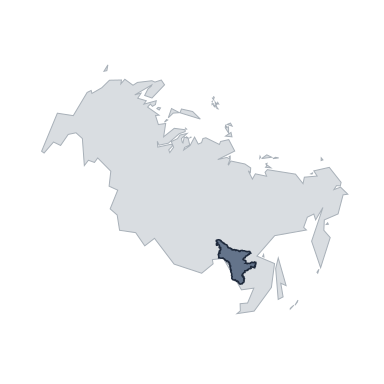 Amur highlighted on a map of Russia, rotated 8°
{"feature_id": "RUS-2609", "entity_name": "Amur", "entity_type": "Region", "adm_level": 1, "iso_a3": "RUS", "parent_name": "Russia", "parent_adm1": "", "projection": "orthographic", "projection_center": [128.173, 52.947], "detail": "fine", "context": "in_parent", "style": "filled", "palette": "slate", "viewbox_px": 384, "rotation_deg": 8, "n_neighbors": 0, "source": "natural_earth", "source_scale": "10m", "svg_char_len": 9430}
<svg xmlns="http://www.w3.org/2000/svg" viewBox="0 0 384 384"><g transform="rotate(8 192 192)"><path d="M270.1,301.3L253.5,306.2L256.4,303.0L255.2,295.9L262.5,294.2L266.6,278.6L254.6,282.0L232.2,253.3L221.6,256.1L222.9,260.2L212.9,271.1L184.3,265.9L161.3,243.1L152.7,251.9L141.9,240.1L125.6,240.0L121.1,225.2L113.3,220.1L118.2,200.5L109.1,197.8L108.7,182.7L93.9,171.4L91.3,176.3L85.0,175.0L81.7,180.8L76.0,154.3L68.9,149.5L61.4,152.2L55.4,164.2L47.9,161.8L40.1,174.0L37.4,172.6L47.7,132.7L63.8,132.9L74.3,108.0L78.0,105.5L79.2,108.3L88.2,101.3L94.7,92.8L106.6,90.9L106.5,94.8L109.8,89.7L118.7,94.5L122.7,91.1L136.8,87.4L140.0,88.3L146.0,85.4L149.9,89.7L139.3,104.5L131.7,103.0L134.1,95.9L136.8,93.1L137.3,91.5L121.8,103.8L127.8,101.2L125.2,106.7L134.0,108.0L132.1,111.7L143.9,106.6L143.6,110.5L140.9,112.7L138.5,110.7L136.2,114.1L148.7,120.5L145.2,121.3L149.3,129.9L156.4,127.8L156.2,141.3L165.6,131.4L176.6,131.3L176.8,133.2L171.3,136.0L161.7,147.0L152.8,150.2L150.6,146.6L151.8,152.3L164.7,147.6L166.5,148.7L163.1,153.5L164.5,156.1L167.6,150.2L164.5,145.0L170.2,141.2L172.3,137.2L179.0,134.7L174.1,140.5L175.4,144.1L176.2,144.7L176.7,138.7L180.8,139.4L183.2,145.8L178.5,148.9L177.9,151.6L183.6,146.3L186.9,137.3L191.5,143.7L194.6,141.8L195.4,137.5L198.2,136.4L212.5,141.1L213.3,138.0L221.1,135.0L228.6,145.5L213.0,156.3L221.7,152.9L225.2,154.2L224.0,159.0L224.0,159.8L224.5,160.1L226.1,155.9L240.5,156.9L246.8,160.0L247.1,164.7L244.8,163.2L250.0,170.8L252.2,165.2L263.7,166.0L261.6,162.3L263.5,159.4L292.0,159.9L300.8,168.3L301.2,161.7L313.7,158.8L309.7,154.1L324.5,148.5L338.3,161.7L338.0,165.3L334.2,165.6L332.2,169.9L338.4,166.5L346.6,172.5L342.0,173.8L339.7,193.4L326.9,201.2L327.9,211.6L335.2,217.9L329.9,249.1L317.3,224.1L323.8,189.1L318.3,202.4L315.7,196.9L309.7,200.9L307.5,211.5L310.6,213.7L280.0,223.7L265.2,246.4L283.7,251.4L283.9,275.5L270.1,301.3ZM190.1,118.6L169.1,115.2L170.0,111.3L181.4,112.2L190.1,118.6ZM286.6,245.3L298.2,271.6L292.6,270.0L296.8,283.2L292.3,286.4L285.5,256.1L286.6,245.3ZM160.1,112.2L168.5,115.2L162.4,116.5L158.2,121.8L160.1,112.2ZM256.3,149.2L260.9,144.8L266.1,146.5L256.3,149.2ZM219.1,122.4L220.1,128.6L216.1,123.9L219.1,122.4ZM220.5,118.4L222.6,121.2L217.4,120.2L220.5,118.4ZM222.3,127.6L223.9,131.8L217.4,132.0L222.3,127.6ZM267.5,147.7L269.9,146.0L273.1,146.2L267.5,147.7ZM91.0,77.8L90.8,83.7L88.0,84.7L91.0,77.8ZM200.1,97.0L201.3,98.4L198.7,95.7L200.1,97.0ZM262.9,155.0L266.8,157.1L261.4,157.3L262.9,155.0ZM148.1,115.4L145.6,114.3L146.7,112.9L149.1,113.1L148.1,115.4ZM202.4,99.7L203.8,100.8L203.2,101.9L202.4,99.7ZM204.7,104.4L202.5,104.5L202.6,103.2L203.9,103.0L204.7,104.4ZM205.1,105.9L204.7,104.6L206.2,106.0L205.1,105.9ZM157.9,124.1L155.0,126.7L156.7,123.8L157.9,124.1ZM217.7,122.7L215.9,122.8L216.0,121.3L217.7,122.7ZM205.0,99.7L206.2,101.2L204.7,101.1L205.0,99.7ZM317.2,142.0L315.5,142.9L315.2,140.2L317.2,142.0ZM200.9,95.3L200.6,96.6L200.0,94.3L200.9,95.3ZM177.8,130.6L176.1,129.3L178.0,130.5L177.8,130.6ZM224.8,151.1L225.1,153.3L223.8,151.8L224.8,151.1ZM309.1,156.0L308.3,157.6L307.1,157.5L309.1,156.0ZM201.2,103.1L201.5,102.0L201.6,103.6L201.2,103.1ZM204.7,101.5L203.7,102.5L204.1,101.2L204.7,101.5ZM312.0,284.3L311.6,286.4L309.7,289.8L312.0,284.3ZM200.7,101.6L199.7,102.7L199.5,101.8L200.7,101.6ZM181.0,139.0L179.1,138.5L179.0,138.2L181.0,139.0ZM331.5,205.0L329.4,205.5L330.6,203.6L331.5,205.0ZM262.3,153.2L261.9,154.9L261.2,153.8L262.3,153.2ZM271.6,243.9L272.3,246.4L270.9,246.0L271.6,243.9ZM328.5,250.8L327.8,254.9L326.9,254.1L328.5,250.8ZM199.8,100.4L199.2,99.7L199.5,99.3L199.8,100.4ZM183.9,137.7L182.4,138.6L182.6,138.0L183.9,137.7ZM255.1,148.1L254.4,149.2L254.4,147.1L255.1,148.1ZM305.5,293.5L308.6,289.9L305.6,294.2L305.5,293.5Z" fill="#d9dde1" stroke="#a8b0b8" stroke-width="1"/><path d="M231.8,253.4L231.2,253.1L230.9,253.3L230.0,253.5L228.7,253.5L228.4,253.2L227.6,253.5L227.6,253.0L227.4,252.6L227.5,252.2L227.4,252.0L227.4,251.6L227.2,250.8L226.7,250.6L226.7,250.2L226.8,250.0L227.1,249.9L227.1,249.6L227.1,249.3L226.9,248.9L227.1,248.6L227.4,248.5L227.5,248.6L227.6,248.9L228.2,248.8L228.3,248.7L227.8,247.9L227.8,247.7L227.7,247.5L227.8,247.2L227.7,247.0L227.8,246.8L227.3,247.0L227.2,247.1L227.2,246.6L228.0,245.8L228.0,245.2L228.3,244.9L228.1,244.8L228.3,243.8L228.3,243.5L228.2,243.3L228.1,242.9L227.8,242.8L227.6,242.8L227.4,243.1L227.1,243.3L226.9,243.2L226.8,243.4L226.6,243.2L226.7,242.8L226.6,242.1L226.7,241.7L226.6,241.0L226.4,240.7L226.1,240.7L225.8,240.6L225.6,240.6L224.5,241.0L224.4,241.2L224.1,241.2L223.8,240.9L223.6,241.1L223.5,240.9L223.6,240.6L223.6,240.4L223.4,240.1L223.4,239.8L223.6,239.8L223.9,239.5L224.7,239.5L224.8,239.2L224.4,239.0L224.5,238.8L224.1,238.6L224.1,238.3L223.3,238.0L223.3,237.8L223.0,237.5L223.1,237.3L223.2,237.2L223.0,236.8L222.8,236.8L222.8,236.5L223.4,236.1L223.8,236.1L224.5,235.6L226.1,235.6L226.5,235.7L226.6,236.0L227.5,236.1L227.7,236.3L227.7,236.7L227.9,236.9L227.9,237.1L229.3,237.4L229.6,237.9L230.1,238.1L230.1,238.3L230.3,238.5L230.9,238.7L231.0,238.3L231.3,238.5L231.6,238.8L232.3,239.2L233.9,239.5L234.1,239.7L234.3,240.2L234.7,240.6L234.7,241.0L235.1,241.2L235.2,241.5L235.2,241.9L235.4,242.1L235.9,241.9L236.1,242.2L236.6,242.3L237.4,242.1L237.9,242.3L237.9,242.5L238.2,242.8L239.0,242.6L239.6,243.0L239.8,243.4L239.6,243.4L239.6,243.6L240.2,243.6L240.6,243.8L240.8,243.7L241.0,243.4L241.3,243.3L241.3,243.5L241.9,243.5L242.0,243.4L242.1,243.2L242.6,243.3L242.7,243.2L243.1,243.3L243.2,243.6L243.5,243.9L243.8,243.7L243.9,243.4L244.1,243.2L244.3,243.3L244.4,243.5L244.7,243.5L245.6,243.3L246.1,243.7L246.3,244.0L246.9,244.0L247.1,244.3L247.6,244.3L247.9,244.2L248.0,244.0L248.0,243.7L247.8,243.5L247.8,243.4L249.5,242.9L250.0,243.1L250.2,242.9L250.5,243.1L252.4,242.9L253.6,243.4L253.8,243.3L254.2,243.4L254.5,243.2L254.8,243.4L255.0,243.2L255.5,243.3L255.9,243.1L256.4,243.1L256.7,242.8L257.5,242.9L257.9,243.4L257.7,243.6L257.8,243.7L258.2,244.1L258.5,244.1L258.7,244.3L258.2,244.5L258.0,244.4L257.9,244.6L258.0,244.9L257.8,245.2L257.1,245.3L257.1,245.5L257.3,245.8L257.2,245.9L256.9,246.1L256.3,246.1L256.1,246.3L256.2,246.7L256.1,246.8L255.6,247.1L255.6,247.3L255.3,247.5L255.2,247.4L254.9,247.7L254.5,247.8L254.0,248.3L254.1,248.6L253.8,249.7L253.6,249.9L253.3,249.7L253.0,250.0L252.8,250.0L252.1,250.8L252.1,251.4L251.9,251.7L251.9,251.8L252.0,251.9L252.5,251.9L253.1,252.1L253.2,252.4L253.4,252.5L253.6,252.3L253.9,252.2L254.8,252.5L254.9,253.1L255.1,253.4L255.0,253.7L255.3,254.6L255.2,254.9L255.0,255.1L256.2,254.9L256.2,255.3L256.4,255.4L256.7,255.4L256.9,255.0L257.8,254.8L258.4,254.8L258.5,254.7L259.2,254.8L259.4,254.5L260.0,254.4L260.1,253.8L260.8,253.3L261.0,253.3L261.1,253.1L261.3,253.1L261.6,253.4L261.8,253.3L262.4,253.5L262.8,253.3L263.0,253.3L263.0,253.1L263.6,253.0L263.7,252.9L263.6,252.7L263.9,252.5L264.5,252.9L264.6,253.2L264.8,253.1L264.8,253.3L265.1,253.3L265.1,253.6L264.8,253.6L264.8,253.8L265.1,253.9L265.3,254.2L265.2,254.4L265.0,254.5L265.0,254.8L265.1,255.1L264.9,255.2L264.5,255.8L264.7,256.1L264.5,256.5L264.8,256.6L264.6,256.8L264.9,256.9L265.0,257.1L264.7,257.6L264.6,257.9L264.7,258.1L264.7,258.3L264.4,258.4L263.4,258.1L263.1,258.1L262.8,257.9L262.4,258.0L262.3,257.9L261.7,257.8L261.2,257.5L260.7,257.4L260.5,257.7L260.5,258.0L260.6,258.5L260.8,258.7L260.8,259.0L261.2,259.3L260.9,259.7L259.9,260.0L259.4,259.9L259.3,260.2L258.7,260.5L258.5,261.1L258.2,261.1L258.3,261.5L257.9,261.9L257.7,261.8L257.3,262.1L257.2,261.9L256.9,262.2L256.6,262.2L256.2,262.5L255.3,262.6L255.2,263.0L255.3,263.3L255.5,263.6L255.6,264.2L255.4,264.2L255.1,264.1L254.9,264.2L254.7,264.7L254.3,264.8L253.9,265.8L253.6,265.9L253.5,266.0L253.4,266.2L253.6,266.3L253.7,266.6L253.2,267.2L253.3,267.4L253.1,267.7L253.4,268.0L253.5,267.6L254.0,267.6L254.3,268.1L254.1,268.4L253.8,268.6L254.0,268.8L254.2,269.0L254.4,268.8L254.6,268.7L254.8,269.2L255.2,269.0L255.3,269.5L255.7,269.9L255.8,270.1L255.6,270.1L255.5,270.4L255.3,270.5L255.3,270.9L255.8,271.0L255.9,272.1L255.5,272.3L255.6,272.5L256.0,272.7L256.0,273.6L255.7,274.5L255.3,274.4L255.0,274.5L254.5,275.4L254.6,275.6L254.5,275.9L254.0,275.8L253.5,276.1L253.3,276.4L253.1,276.5L252.7,276.3L252.1,276.5L251.1,275.7L251.0,275.4L250.8,275.3L250.8,275.0L250.5,274.9L250.4,274.5L249.8,274.5L249.8,274.0L249.6,273.8L249.3,273.8L249.3,274.1L249.2,274.2L248.8,274.0L248.4,274.2L248.1,273.7L247.7,273.6L247.3,273.6L247.4,273.3L247.4,273.1L247.0,272.9L246.9,273.1L246.1,273.1L245.9,273.3L245.2,273.3L244.8,273.0L244.4,273.1L244.0,272.7L243.9,272.3L243.4,272.0L243.4,271.9L243.4,271.4L243.3,270.9L243.6,270.4L243.6,270.0L242.9,269.6L242.8,269.4L242.9,269.0L242.7,268.7L242.9,268.2L242.7,267.7L242.7,267.3L242.5,267.2L242.3,266.6L241.6,265.8L241.6,265.1L241.8,264.6L241.6,264.5L241.5,264.9L241.3,264.8L241.3,264.5L241.6,264.3L241.6,264.2L241.3,264.1L241.2,263.9L241.4,263.6L240.9,263.3L241.0,263.0L241.0,262.7L240.8,262.5L240.2,261.3L240.3,261.1L240.5,261.0L240.6,260.6L239.9,260.2L240.3,259.8L239.9,259.6L240.0,259.3L239.8,258.9L239.6,258.9L239.6,258.6L239.2,258.3L238.9,258.2L239.0,258.0L239.2,257.8L239.1,257.6L239.3,257.5L239.3,257.4L238.9,257.4L238.6,257.0L238.6,256.7L238.0,256.8L238.3,256.3L237.9,255.9L237.7,256.0L237.5,255.8L236.5,255.2L235.9,255.2L235.8,255.3L235.8,255.6L235.6,255.4L235.3,255.4L235.1,255.1L234.4,254.9L234.3,254.7L234.0,254.2L233.6,254.3L233.2,253.8L233.0,253.6L232.5,253.5L232.2,253.2L232.0,253.4L231.9,253.4L232.0,253.3L232.0,253.2L231.9,253.2L231.8,253.4Z" fill="#64748b" stroke="#1e293b" stroke-width="1.5"/></g></svg>